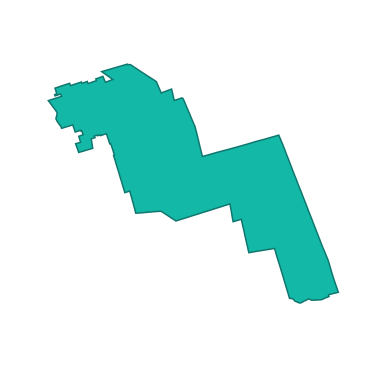 Chapultepec, México, Mexico, rotated 72°
{"feature_id": "50627088B16743995066906", "entity_name": "Chapultepec", "entity_type": "district", "adm_level": 2, "iso_a3": "MEX", "parent_name": "Mexico", "parent_adm1": "México", "projection": "equal_earth", "projection_center": [-99.553, 19.204], "detail": "fine", "context": "isolated", "style": "filled", "palette": "teal", "viewbox_px": 384, "rotation_deg": 72, "n_neighbors": 0, "source": "geoboundaries", "source_scale": "gbopen_adm2", "svg_char_len": 3154}
<svg xmlns="http://www.w3.org/2000/svg" viewBox="0 0 384 384"><g transform="rotate(72 192 192)"><path d="M233.0,162.1L233.2,153.6L237.8,154.0L242.3,154.4L246.9,154.8L251.4,155.3L255.9,155.7L260.5,156.1L267.3,156.7L268.0,151.5L268.8,146.4L269.6,141.3L270.4,136.1L271.2,131.0L275.5,131.1L279.9,131.2L284.2,131.3L288.6,131.3L292.9,131.4L297.2,131.5L301.6,131.6L305.9,131.7L310.3,131.8L314.6,131.9L319.0,132.0L323.3,132.1L323.5,131.6L324.5,129.4L326.1,128.4L327.5,127.9L330.8,124.1L331.1,122.7L330.8,121.0L330.4,119.2L330.3,117.4L329.8,114.7L329.9,113.6L331.6,112.1L332.6,109.4L333.9,104.3L334.4,102.3L334.4,101.1L334.0,98.4L333.8,94.0L331.9,93.9L332.6,83.8L326.8,83.9L321.0,84.0L316.9,84.0L312.7,84.0L307.3,83.8L303.0,83.7L298.6,83.6L294.2,84.0L289.8,84.3L285.3,84.7L280.9,85.0L276.6,85.2L272.3,85.5L268.6,85.7L264.1,85.9L259.6,86.2L255.1,86.4L250.6,86.7L246.1,87.0L241.6,87.2L236.0,87.5L230.3,87.9L225.9,88.1L221.5,88.4L217.0,88.7L212.6,88.9L208.2,89.2L203.7,89.5L199.5,89.7L195.3,89.9L191.1,90.1L186.9,90.4L182.7,90.6L178.5,90.8L173.4,91.1L172.8,91.2L169.0,91.5L164.7,91.9L164.5,98.6L164.2,106.9L163.7,116.1L163.5,125.7L163.2,133.5L162.7,144.3L162.1,154.6L161.7,165.5L161.4,171.1L156.8,170.8L152.5,170.5L148.3,170.2L144.0,169.8L139.7,169.5L135.4,169.2L131.1,168.9L126.8,169.3L122.5,169.7L118.1,170.0L113.8,170.4L109.5,170.8L105.2,171.1L100.6,171.6L99.8,172.0L99.4,172.5L99.5,180.6L93.7,180.1L87.8,179.6L88.1,186.7L88.3,190.1L88.3,190.7L86.7,190.8L81.4,191.3L76.0,191.8L72.0,195.0L68.0,198.3L64.0,201.5L60.0,204.7L56.0,207.9L51.9,211.1L50.7,214.4L50.4,214.3L50.2,220.4L50.0,226.5L49.8,233.1L49.6,239.7L49.6,240.7L52.8,238.3L60.5,232.6L60.7,236.5L60.9,240.4L56.9,240.8L55.7,240.9L54.5,241.0L54.6,242.9L54.6,244.8L54.7,246.7L54.7,248.5L56.6,248.5L56.6,250.4L56.6,252.1L56.7,254.3L56.8,257.4L54.5,257.4L54.6,260.3L54.6,263.1L53.2,263.2L53.2,268.9L53.3,274.5L52.0,274.7L50.8,274.8L50.8,282.5L50.9,290.2L53.8,290.2L56.8,290.3L56.9,291.5L57.0,292.6L58.3,292.5L58.2,286.7L59.4,286.6L60.7,286.4L60.7,289.5L60.7,292.0L60.7,293.4L60.7,294.9L60.7,296.8L60.7,300.4L65.4,298.8L70.1,297.2L72.6,296.4L74.5,295.9L75.5,295.9L76.2,296.3L76.9,296.8L77.9,297.3L79.1,298.1L80.3,298.8L81.7,298.6L83.1,298.4L85.0,297.9L87.0,297.1L87.4,297.2L88.0,296.8L88.8,296.5L89.6,296.3L90.6,296.5L91.2,296.3L91.2,292.7L91.3,288.8L91.3,286.9L91.3,284.7L98.9,284.5L98.9,281.7L99.0,278.8L99.8,278.8L99.8,277.9L103.9,277.9L104.0,282.5L110.3,282.6L110.1,287.8L119.4,287.5L119.8,272.9L110.3,271.4L110.4,267.5L108.6,267.6L108.7,264.3L109.3,264.3L109.3,261.7L110.1,261.6L110.1,255.4L120.9,255.3L120.8,254.4L127.6,254.3L133.0,254.5L133.0,255.3L133.6,255.3L139.1,255.4L141.9,255.5L149.9,255.6L157.1,255.8L158.2,255.8L159.9,255.8L162.9,255.9L166.4,256.0L170.1,256.0L171.9,256.1L171.9,250.9L176.3,251.1L180.7,251.3L185.1,251.5L189.5,251.7L193.9,252.0L194.8,252.0L196.3,246.0L197.7,239.9L199.1,233.8L200.6,227.8L201.5,226.8L201.6,226.6L206.0,223.1L210.3,219.7L214.6,216.2L214.6,210.6L214.7,204.9L214.7,199.2L214.8,193.6L214.8,187.9L214.9,182.3L214.9,176.6L215.0,170.9L215.0,165.3L215.1,159.6L219.6,160.2L224.0,160.8L228.5,161.5L233.0,162.1Z" fill="#14b8a6" stroke="#0f766e" stroke-width="1.5"/></g></svg>